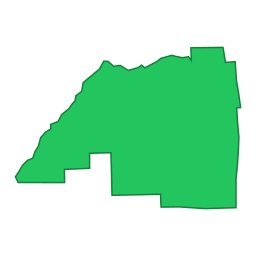 Ilópolis, Rio Grande do Sul, Brazil (Mercator projection)
{"feature_id": "56859067B77513058167029", "entity_name": "Ilópolis", "entity_type": "district", "adm_level": 2, "iso_a3": "BRA", "parent_name": "Brazil", "parent_adm1": "Rio Grande do Sul", "projection": "mercator", "projection_center": [-52.146, -28.929], "detail": "fine", "context": "isolated", "style": "filled", "palette": "green", "viewbox_px": 256, "rotation_deg": 0, "n_neighbors": 0, "source": "geoboundaries", "source_scale": "gbopen_adm2", "svg_char_len": 849}
<svg xmlns="http://www.w3.org/2000/svg" viewBox="0 0 256 256"><path d="M223.0,47.4L190.9,47.8L191.3,60.4L188.5,56.7L182.6,57.7L177.1,56.7L171.8,55.3L160.8,58.4L157.1,61.4L144.8,67.9L141.6,65.1L138.1,67.6L128.2,70.4L120.2,65.4L113.7,66.3L108.1,61.4L103.8,61.1L99.7,68.8L83.1,82.7L81.7,91.3L75.9,95.7L75.1,100.8L71.8,104.4L68.9,108.8L61.7,114.5L58.0,121.6L50.6,124.4L50.8,129.0L45.4,132.2L40.6,137.7L38.5,145.9L35.0,151.6L32.7,158.4L27.7,160.2L22.5,165.3L19.1,171.3L15.4,176.8L18.2,182.5L64.6,182.6L64.4,169.4L89.6,168.3L89.6,153.3L110.9,152.7L111.4,168.6L112.0,195.3L120.0,195.1L160.6,194.3L160.8,201.9L161.1,207.1L179.2,206.9L205.1,208.6L236.0,207.7L236.0,178.4L237.1,168.8L238.4,150.3L238.9,137.2L237.4,120.4L236.7,107.9L240.6,107.6L238.5,92.5L236.4,80.2L235.2,61.7L225.5,62.4L223.0,47.4Z" fill="#22c55e" stroke="#15803d" stroke-width="1.5"/></svg>